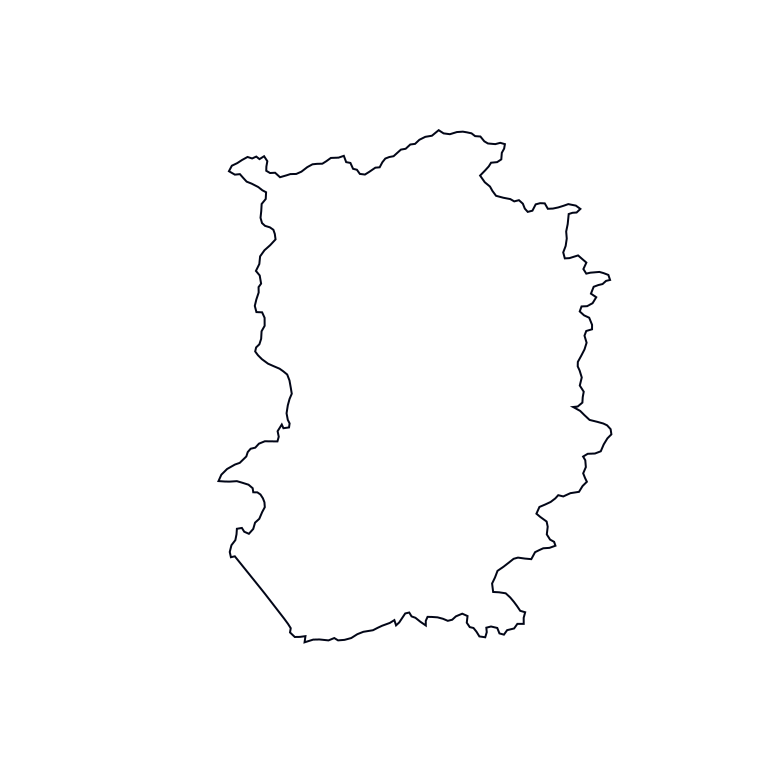 Paraibuna, São Paulo, Brazil, rotated 204°
{"feature_id": "56859067B40325291288871", "entity_name": "Paraibuna", "entity_type": "district", "adm_level": 2, "iso_a3": "BRA", "parent_name": "Brazil", "parent_adm1": "São Paulo", "projection": "albers", "projection_center": [-45.64, -23.474], "detail": "fine", "context": "isolated", "style": "outline", "palette": "ink", "viewbox_px": 768, "rotation_deg": 204, "n_neighbors": 0, "source": "geoboundaries", "source_scale": "gbopen_adm2", "svg_char_len": 4402}
<svg xmlns="http://www.w3.org/2000/svg" viewBox="0 0 768 768"><g transform="rotate(204 384 384)"><path d="M601.0,535.9L604.8,530.9L607.9,526.1L611.8,521.5L612.2,515.3L605.4,514.6L601.0,517.1L596.2,514.9L591.8,513.0L586.4,513.2L579.1,512.8L573.9,511.5L569.7,511.2L567.3,504.9L569.0,498.7L566.5,492.1L564.4,485.6L560.9,481.4L557.0,480.1L552.0,480.7L547.8,479.9L544.8,476.7L541.9,472.0L544.5,464.4L547.6,457.6L549.1,450.2L546.7,442.9L547.0,435.2L541.7,432.6L537.1,425.7L538.0,421.5L535.7,416.6L535.0,409.3L533.8,402.8L529.8,397.8L524.5,399.9L520.0,395.9L516.7,388.6L517.3,382.4L514.6,375.3L514.0,369.6L515.7,365.4L514.9,361.3L510.8,359.0L505.6,357.0L498.2,355.4L492.5,355.4L485.6,355.5L481.1,354.6L476.3,353.3L471.8,348.8L467.6,342.6L464.3,337.6L464.2,331.9L463.2,325.4L461.1,317.6L457.3,312.1L454.2,309.6L453.1,305.7L457.9,302.7L460.9,305.4L462.0,297.6L458.7,293.0L458.0,288.2L469.6,283.2L474.0,278.6L475.7,273.5L479.5,270.6L480.8,266.4L480.3,261.8L483.7,253.3L487.4,249.8L492.8,242.5L495.7,235.0L495.7,228.0L489.4,230.3L485.0,232.2L478.9,235.4L473.8,236.1L466.8,236.9L461.6,235.4L459.4,231.9L455.6,233.5L451.9,232.8L448.1,230.3L445.1,227.3L442.8,223.0L443.2,217.5L443.1,210.1L445.4,204.9L444.5,198.4L446.5,192.2L451.6,192.2L455.3,194.7L459.5,191.9L457.6,186.7L456.3,180.9L457.8,174.7L456.6,167.8L453.4,163.5L450.2,165.9L412.2,146.4L407.4,143.9L379.7,129.0L374.1,125.8L369.9,123.0L368.8,118.8L362.6,116.6L357.9,118.8L353.2,121.7L351.5,115.7L344.7,121.7L339.0,124.4L330.4,127.2L326.1,131.7L321.7,131.1L316.0,134.2L310.6,138.6L306.6,144.6L302.1,149.2L293.9,154.6L290.6,158.7L287.4,162.4L281.5,168.1L278.5,172.5L274.8,168.4L273.1,172.4L271.3,183.0L268.0,185.5L264.3,182.9L260.2,183.2L254.1,181.6L247.6,180.4L249.5,184.6L249.5,189.0L245.4,190.7L240.2,192.6L234.7,193.5L229.4,193.6L225.8,196.4L223.8,201.0L219.1,206.0L213.3,206.0L211.3,199.6L206.8,196.8L203.0,197.5L198.9,195.4L194.2,192.2L188.5,193.8L189.2,199.1L191.4,203.0L187.6,206.0L181.3,207.2L177.1,203.1L172.5,203.8L171.4,209.2L165.7,213.6L164.6,219.1L158.8,221.7L161.3,227.2L162.2,232.9L167.3,232.2L172.1,235.2L176.7,237.8L181.8,240.3L187.7,242.3L194.2,240.5L199.7,238.4L204.1,245.7L203.9,252.4L204.3,259.5L200.6,265.5L197.0,272.2L194.5,277.0L191.0,279.9L184.4,281.8L178.2,283.9L177.6,291.8L174.6,295.4L171.7,298.7L166.2,301.6L161.6,306.0L164.4,309.0L169.0,309.4L174.1,312.8L176.4,320.2L179.5,324.5L187.1,326.1L192.0,327.5L192.0,334.9L187.7,339.5L183.8,344.0L181.0,349.1L179.6,353.3L174.5,354.2L169.3,360.1L162.0,364.8L161.1,371.6L158.9,377.2L162.1,379.9L165.7,383.4L165.8,390.2L169.1,396.2L172.6,398.7L169.5,403.1L163.0,406.3L158.6,410.7L158.7,418.2L157.8,425.2L155.8,430.5L158.6,434.9L163.4,437.0L167.6,437.1L173.7,436.2L181.6,434.8L188.3,437.1L193.8,439.2L201.9,439.9L197.9,442.2L195.2,447.7L197.1,452.8L198.4,458.2L204.5,462.2L206.0,470.4L210.8,475.9L214.2,478.9L215.9,483.0L215.3,490.2L214.9,497.1L215.7,504.1L220.5,509.7L220.8,514.7L216.2,518.6L218.0,522.7L223.5,528.0L229.2,528.1L234.7,529.9L235.1,535.2L230.1,537.7L226.3,542.7L225.4,549.6L231.7,550.7L232.0,558.1L228.4,561.6L225.0,564.2L223.1,568.5L219.8,571.0L223.4,574.9L228.6,574.6L232.8,574.0L240.8,569.6L244.1,567.1L248.6,570.1L248.5,577.2L259.0,580.4L265.8,574.4L269.9,572.3L273.8,577.1L274.2,584.0L276.2,591.2L279.6,597.4L281.2,604.7L283.1,610.5L284.4,614.4L281.4,617.1L277.8,619.0L275.8,623.8L281.3,625.0L288.8,623.3L292.4,619.9L296.6,616.2L301.0,613.0L305.6,610.7L310.6,614.4L314.9,612.7L318.5,609.8L318.9,602.7L322.7,599.7L326.7,601.5L330.5,605.2L335.5,606.8L339.3,603.8L343.8,604.3L350.7,602.7L358.2,601.5L363.5,604.5L367.5,607.5L374.0,609.3L381.0,613.5L378.5,620.2L376.8,625.4L376.2,629.7L370.9,632.7L368.2,636.9L370.4,643.1L370.0,647.9L371.1,652.3L375.9,651.6L379.9,648.4L386.9,646.0L391.1,646.5L396.6,649.3L401.6,647.5L406.0,648.6L410.7,647.6L414.6,646.6L419.9,643.8L425.4,639.0L431.5,637.2L437.3,638.1L441.2,630.3L446.8,626.6L451.0,621.5L453.3,616.0L457.4,613.5L459.9,607.7L463.9,605.0L467.9,596.0L471.5,593.5L474.5,590.5L475.7,585.9L476.1,580.2L479.9,578.1L483.7,571.9L486.6,567.6L491.5,566.1L495.9,568.7L499.8,568.0L504.6,572.3L508.8,571.3L513.5,576.1L517.6,572.3L524.5,568.9L527.3,564.1L529.9,560.2L534.9,557.8L538.7,555.6L542.3,550.9L545.8,544.4L549.6,540.2L554.9,537.7L557.9,535.0L563.1,530.6L569.4,532.7L573.9,530.4L578.3,530.9L579.9,534.8L581.2,540.1L586.2,543.3L589.2,538.8L593.2,539.8L596.2,536.4L601.0,535.9Z" fill="none" stroke="#020617" stroke-width="2"/></g></svg>